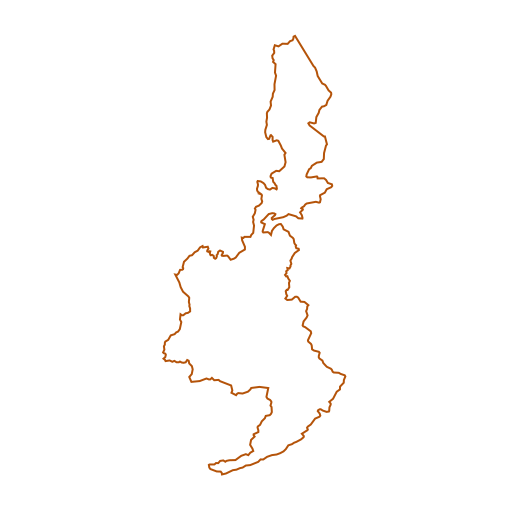 SVG path tracing the border of K.P., rotated 164°
{"feature_id": "PAK-1123", "entity_name": "K.P.", "entity_type": "Province", "adm_level": 1, "iso_a3": "PAK", "parent_name": "Pakistan", "parent_adm1": "", "projection": "natural_earth1", "projection_center": [72.151, 34.071], "detail": "fine", "context": "isolated", "style": "outline", "palette": "amber", "viewbox_px": 512, "rotation_deg": 164, "n_neighbors": 0, "source": "natural_earth", "source_scale": "10m", "svg_char_len": 6081}
<svg xmlns="http://www.w3.org/2000/svg" viewBox="0 0 512 512"><g transform="rotate(164 256 256)"><path d="M344.8,55.2L348.9,55.4L348.7,56.9L349.4,58.5L353.1,59.7L358.6,63.8L359.2,65.5L358.9,68.2L358.2,68.4L353.4,67.1L351.5,68.0L349.4,67.3L347.0,68.9L343.8,68.5L342.2,66.7L340.9,67.2L337.9,67.0L332.0,65.5L325.2,68.0L320.4,68.3L318.3,66.7L315.7,68.5L312.4,69.3L312.5,71.8L313.7,76.1L311.4,80.6L307.1,82.8L307.7,84.5L307.4,85.3L302.3,86.1L301.8,87.7L301.8,90.7L301.3,91.6L298.6,92.6L296.0,95.5L292.2,97.6L290.7,99.6L286.7,99.2L285.1,100.1L283.8,101.6L282.7,106.5L283.3,108.2L281.6,110.9L281.4,111.9L282.1,113.7L284.3,115.8L284.8,117.7L280.6,125.7L288.7,129.2L296.5,130.4L297.3,130.3L298.0,129.4L301.1,127.8L306.8,127.5L310.8,129.1L312.1,128.8L313.5,127.7L317.3,131.3L315.8,133.3L315.6,138.4L325.1,145.6L326.1,147.2L330.4,148.1L332.0,151.0L333.9,150.0L335.2,150.3L337.4,151.9L344.6,151.3L352.8,152.8L353.5,158.1L350.3,160.2L348.1,164.5L348.0,167.8L349.8,171.1L349.6,173.9L350.8,175.0L352.9,173.2L355.0,173.3L356.8,174.1L358.2,175.5L359.5,175.1L361.6,175.7L363.4,177.7L365.6,177.4L367.8,179.4L371.9,179.9L372.1,181.2L373.2,182.8L371.1,183.8L369.9,185.9L370.1,187.1L371.4,188.0L371.9,188.9L369.9,191.2L369.4,194.6L368.1,195.9L367.5,197.8L366.8,198.7L363.5,199.6L359.8,203.2L355.8,203.3L353.7,204.6L351.8,204.8L349.4,206.7L346.0,213.1L346.6,215.9L344.6,220.8L343.5,219.4L342.2,219.1L339.4,220.3L337.1,220.1L334.6,220.9L333.8,223.8L333.9,226.3L333.3,227.5L333.2,230.3L331.7,234.2L332.1,235.7L336.0,241.8L337.0,246.8L337.0,251.7L338.7,260.4L337.1,259.6L335.2,260.6L332.8,263.6L330.8,263.1L329.8,263.4L329.3,264.4L329.6,265.5L326.8,270.3L322.7,272.4L319.9,274.5L317.2,274.4L313.9,276.5L310.6,277.2L307.4,279.7L304.6,280.3L304.6,278.8L299.8,278.2L299.7,276.2L301.3,274.8L301.6,273.9L300.6,273.1L299.4,273.4L298.7,273.0L299.6,271.6L299.6,269.7L299.2,269.1L297.9,269.2L296.9,268.1L296.6,267.5L297.0,265.9L296.0,264.6L294.9,264.9L293.8,266.3L293.6,267.6L292.4,268.3L291.1,270.5L289.1,271.2L286.6,269.1L286.9,268.1L288.8,266.3L288.7,265.7L287.5,265.1L283.7,264.4L282.9,263.4L281.4,259.4L278.0,259.5L275.9,260.1L271.2,263.7L264.9,265.3L264.1,267.9L265.0,274.8L264.6,277.6L263.2,276.8L261.8,277.6L256.1,275.9L254.7,277.6L252.3,279.0L249.5,285.8L249.4,289.5L248.3,291.5L248.3,294.6L245.4,297.3L243.7,300.5L244.0,301.9L242.4,303.3L239.3,303.6L236.0,305.3L235.0,306.8L235.1,309.4L233.6,312.6L233.9,313.8L234.9,314.5L234.4,314.5L236.6,317.4L236.8,319.0L236.5,320.4L234.9,322.8L234.4,324.1L234.3,326.9L233.7,327.6L230.9,326.4L228.7,324.0L227.7,321.9L227.5,318.8L226.2,317.1L224.3,316.0L221.5,316.9L219.4,315.9L217.9,314.4L217.4,314.9L217.0,317.9L217.8,319.1L218.0,320.6L219.0,322.6L218.5,326.4L219.9,327.1L220.2,328.1L219.8,329.1L218.3,330.9L213.1,332.3L210.3,331.1L204.0,334.2L201.7,338.0L200.8,345.5L199.2,346.9L201.4,352.1L201.7,355.4L202.8,360.6L204.2,361.5L208.0,361.2L208.1,362.9L207.2,365.9L208.3,368.1L208.8,368.0L211.1,365.0L212.3,365.1L213.3,367.5L213.1,372.4L212.2,374.8L209.4,379.0L209.0,382.3L207.3,385.8L206.2,390.2L205.4,391.4L202.7,393.1L200.1,396.5L199.4,400.4L196.1,404.4L195.0,407.4L192.4,410.4L190.9,416.0L187.0,423.8L187.2,427.1L184.3,435.0L186.1,437.9L185.0,439.4L185.6,441.5L185.2,444.1L182.5,446.2L182.0,448.4L182.2,449.7L179.8,453.4L176.6,451.3L172.1,452.8L167.1,451.2L164.1,453.1L161.4,453.3L160.2,454.6L159.4,456.5L157.8,456.8L148.4,422.8L147.3,420.8L146.8,416.7L147.1,412.0L144.8,403.6L142.5,401.6L141.9,400.3L140.6,395.2L138.8,392.3L139.0,390.8L140.5,388.6L144.4,385.5L146.8,381.8L149.4,381.2L151.4,381.4L154.8,378.9L156.2,376.4L159.7,372.9L161.9,367.5L163.6,367.4L167.5,369.7L169.1,369.1L168.5,366.7L157.8,352.2L156.8,351.9L157.0,343.8L158.3,342.8L162.2,336.2L164.1,330.5L167.0,328.4L171.8,329.0L177.4,327.3L179.2,325.3L181.0,324.8L184.8,320.5L185.7,318.6L185.0,317.5L181.6,316.4L175.5,315.7L175.2,315.2L175.4,313.6L169.1,311.9L167.7,309.8L166.8,306.4L163.3,304.0L163.4,302.4L164.7,301.4L169.6,300.7L172.4,297.9L177.6,296.8L178.0,296.1L178.2,292.7L179.7,290.0L180.7,289.9L183.5,291.6L192.8,292.5L194.5,291.9L196.1,290.6L199.0,289.8L199.4,289.4L198.2,288.4L198.2,287.6L201.6,285.8L200.7,282.6L200.8,279.7L201.1,279.2L204.9,280.6L206.6,283.1L213.2,287.3L215.4,286.3L219.1,285.8L228.1,286.5L230.0,286.2L230.6,287.1L230.4,288.2L226.4,290.1L225.8,290.9L226.7,291.9L228.6,292.7L232.2,292.8L238.5,289.0L241.1,288.1L241.7,287.3L241.6,286.7L238.7,284.2L242.5,278.5L242.9,277.5L242.5,276.6L238.1,275.7L237.1,274.7L235.8,272.1L233.7,275.8L231.1,277.9L227.8,279.7L225.1,280.2L223.3,279.9L222.2,276.9L222.1,274.0L218.1,270.3L217.8,266.2L215.6,263.3L215.1,261.9L215.6,258.0L215.2,256.3L214.5,255.2L215.2,254.2L215.2,252.9L215.1,252.4L213.0,251.2L213.1,249.9L217.9,248.2L221.8,244.8L222.3,243.8L224.2,242.1L224.2,238.7L225.5,237.4L225.7,236.4L227.3,234.8L229.2,235.8L229.4,233.7L231.2,233.0L231.4,231.1L233.3,229.8L232.6,228.0L231.4,227.9L231.2,225.5L230.3,222.8L231.7,221.1L232.6,216.8L235.0,214.6L235.8,215.0L237.1,214.0L237.4,211.0L237.0,209.1L239.5,207.0L238.1,205.1L233.6,204.2L229.6,206.0L228.0,205.6L226.9,204.4L225.7,199.8L222.1,198.5L219.2,194.3L220.6,193.4L221.5,191.0L223.0,189.2L222.8,184.7L224.3,182.9L228.3,180.0L230.3,176.4L230.0,175.4L228.3,174.0L224.1,168.5L224.2,166.6L229.3,160.7L229.4,159.4L227.4,156.4L227.1,154.8L227.8,150.8L226.3,149.1L222.0,146.6L221.5,145.4L223.2,142.6L223.6,141.3L223.3,140.0L221.0,137.2L220.8,134.5L218.5,130.0L215.1,127.0L214.5,125.9L214.2,123.6L213.4,122.6L208.6,120.9L207.1,119.3L203.6,116.9L203.3,115.6L205.7,112.6L206.6,110.0L211.2,107.3L212.1,104.6L215.8,103.3L221.3,97.5L225.8,95.6L224.9,93.6L225.2,92.5L227.1,90.3L228.3,87.0L228.8,86.4L231.1,86.7L234.4,89.0L236.0,90.8L236.9,91.1L238.7,90.7L239.4,89.9L238.2,87.0L238.2,84.8L239.3,84.0L244.0,83.4L249.8,78.9L253.3,77.7L254.3,76.8L254.0,75.0L254.5,74.4L260.9,72.5L259.7,69.9L259.9,69.0L260.8,68.4L263.3,67.3L268.4,66.2L270.9,66.0L273.3,65.2L277.1,65.1L280.6,62.1L283.4,60.6L287.1,59.8L290.9,59.5L295.6,60.2L300.7,59.9L305.1,58.4L307.7,59.2L310.6,57.5L319.2,56.6L323.5,57.4L327.2,56.3L329.9,56.5L333.7,56.0L337.3,56.5L344.8,55.2Z" fill="none" stroke="#b45309" stroke-width="2"/></g></svg>